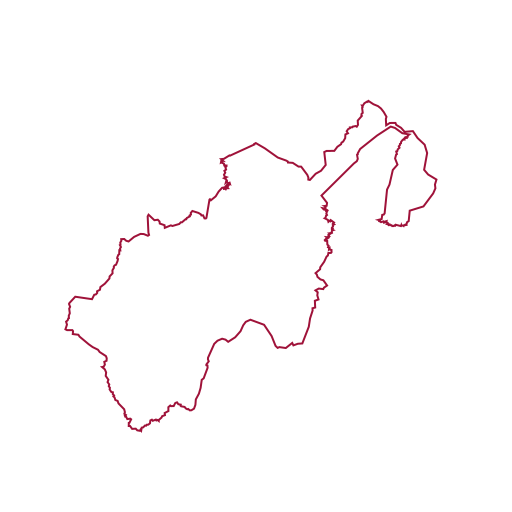 Na Wang, Nong Bua Lam Phu, Thailand, rotated 240°
{"feature_id": "78962969B46616505195468", "entity_name": "Na Wang", "entity_type": "district", "adm_level": 2, "iso_a3": "THA", "parent_name": "Thailand", "parent_adm1": "Nong Bua Lam Phu", "projection": "albers", "projection_center": [102.064, 17.314], "detail": "fine", "context": "isolated", "style": "outline", "palette": "rose", "viewbox_px": 512, "rotation_deg": 240, "n_neighbors": 0, "source": "geoboundaries", "source_scale": "gbopen_adm2", "svg_char_len": 6076}
<svg xmlns="http://www.w3.org/2000/svg" viewBox="0 0 512 512"><g transform="rotate(240 256 256)"><path d="M232.0,450.5L240.5,445.8L246.6,444.7L259.6,455.7L268.1,457.7L277.4,454.9L285.7,454.3L289.2,446.8L294.5,445.7L299.5,443.0L301.5,443.3L304.3,438.4L304.1,434.1L309.8,437.0L311.3,438.6L316.8,438.6L321.2,438.0L324.8,436.6L328.7,433.6L334.1,430.9L333.6,429.8L334.2,429.5L334.1,426.2L332.8,423.7L333.3,423.0L331.7,422.9L331.3,422.0L326.6,420.0L326.4,418.6L325.2,417.6L324.4,417.7L322.4,411.8L318.6,409.9L317.6,407.9L318.7,407.3L319.7,404.4L319.3,403.8L320.4,401.6L319.7,401.3L319.8,399.2L318.7,396.9L316.3,397.0L316.6,394.2L313.5,392.2L311.5,388.7L311.4,386.7L310.3,385.6L309.9,381.1L307.9,376.4L311.7,369.6L311.9,367.1L300.0,361.9L297.3,354.9L297.4,348.8L294.9,340.7L296.0,339.5L297.8,340.6L300.6,341.0L310.8,339.8L312.2,337.5L318.3,334.4L321.0,330.4L321.9,330.8L323.5,329.9L330.4,324.1L344.8,317.5L353.9,312.3L353.9,310.4L353.4,310.3L355.9,283.6L356.4,283.3L356.2,276.8L357.3,274.3L355.0,275.0L356.0,273.7L354.5,272.4L354.5,273.8L353.6,273.2L352.1,274.4L350.6,273.9L349.4,275.3L349.2,274.2L348.3,274.8L348.0,273.8L345.8,273.3L345.6,271.2L343.5,271.0L342.4,268.9L340.5,268.6L339.1,269.8L339.3,267.3L337.6,268.4L336.4,268.3L334.7,266.6L335.0,268.1L334.0,267.6L332.9,268.5L332.7,269.8L331.5,269.5L332.5,268.9L332.1,267.9L331.1,268.0L330.6,266.9L332.1,266.2L331.3,264.0L330.4,264.5L330.7,265.5L328.7,265.7L329.5,264.2L328.9,263.2L329.6,263.0L330.1,261.8L331.4,262.4L332.0,260.7L330.5,255.9L327.8,250.9L326.8,244.8L328.2,244.5L328.1,243.9L313.8,232.1L313.6,231.3L314.3,230.2L317.7,230.5L318.4,229.0L319.6,229.1L322.1,227.7L326.8,223.4L325.9,221.0L324.4,220.4L324.3,218.7L323.4,218.5L323.5,215.1L322.7,214.0L323.1,213.5L322.2,208.7L322.8,207.7L322.1,205.6L323.8,198.6L325.1,197.6L326.0,191.1L328.4,192.2L332.2,188.9L334.1,189.7L336.5,189.1L337.8,185.9L345.5,183.6L344.5,182.0L330.0,174.5L327.7,173.9L327.6,172.5L331.1,169.8L332.9,167.0L333.5,160.0L332.3,152.9L334.1,151.2L336.6,150.4L338.0,147.7L336.5,147.0L335.5,145.2L333.5,144.3L333.5,143.6L331.3,143.5L330.5,142.0L328.7,141.3L329.3,140.5L325.9,138.4L325.9,137.4L324.2,135.2L323.4,134.6L322.4,135.0L320.8,133.5L318.4,130.4L318.6,128.9L318.0,127.6L316.8,127.0L315.4,124.5L312.7,123.1L311.5,119.0L309.8,117.8L307.6,111.2L306.9,105.7L304.8,104.0L304.9,100.7L303.4,100.0L302.8,98.2L303.3,96.5L300.6,92.4L311.1,79.1L308.6,71.0L308.0,70.1L304.9,69.6L303.8,67.9L299.5,66.1L297.9,64.0L295.7,62.9L295.8,62.2L294.5,60.8L294.1,58.7L291.1,58.0L287.8,54.3L286.3,55.3L283.6,59.9L282.4,60.0L280.0,58.3L276.6,62.8L274.4,62.9L263.2,67.0L258.8,69.0L253.8,72.3L251.0,72.6L244.3,76.0L242.1,75.6L240.0,74.2L240.2,71.7L237.5,70.8L236.3,68.7L236.8,67.2L233.4,68.4L230.1,68.0L227.3,65.9L222.6,66.3L221.0,64.4L218.1,64.7L216.9,63.4L214.9,63.6L213.6,62.5L210.6,62.7L209.5,63.9L208.0,62.9L206.2,63.4L205.7,62.3L204.3,62.8L201.6,62.2L199.7,63.7L197.1,63.2L189.2,65.2L186.3,64.4L185.2,63.1L183.5,63.8L183.3,62.6L182.3,62.5L182.2,63.2L179.1,63.0L178.0,65.8L177.0,66.2L174.9,63.1L175.1,62.4L172.4,60.8L171.8,61.9L168.2,62.3L166.6,65.5L164.4,66.0L162.7,68.0L163.3,69.0L162.1,69.2L164.5,71.2L164.0,72.6L164.7,75.1L164.0,76.0L164.5,77.0L163.8,78.4L164.1,80.5L166.4,82.3L166.3,84.0L164.9,84.2L164.4,87.5L163.4,87.5L163.2,88.8L161.8,89.3L162.6,89.8L163.3,93.4L164.2,94.6L163.7,97.6L165.7,98.4L165.5,102.6L168.9,104.5L169.4,107.0L168.5,107.3L167.2,109.7L169.0,112.5L168.9,113.9L168.7,114.5L166.5,114.6L164.9,116.5L164.1,115.8L163.3,116.0L161.0,118.7L159.1,119.0L157.6,119.9L157.4,120.8L155.4,121.5L154.7,122.9L154.8,126.0L157.4,129.1L161.9,132.2L165.3,137.7L169.5,142.1L175.9,147.1L176.2,149.5L183.4,158.2L185.4,159.2L186.2,158.4L186.9,158.8L188.4,162.4L190.5,162.7L191.9,163.6L200.8,175.9L201.9,180.3L201.3,185.3L198.8,187.8L195.6,189.0L196.0,197.3L198.6,205.0L202.4,210.3L204.1,214.2L203.6,219.3L192.4,228.6L178.9,229.5L168.4,228.0L165.6,228.8L165.4,230.7L161.4,235.8L162.6,243.9L159.9,243.7L159.1,248.3L157.1,252.4L168.3,266.3L174.9,271.6L180.4,277.7L182.5,278.8L181.8,281.5L187.8,284.6L187.1,288.4L191.3,289.4L193.7,291.3L196.5,290.3L196.4,294.1L193.7,297.7L194.6,299.0L194.9,302.8L201.3,302.2L203.5,300.1L207.2,298.8L209.5,299.4L211.4,299.0L212.5,304.9L214.1,306.0L216.9,312.1L220.2,316.8L220.5,318.5L222.4,320.2L221.2,322.4L221.5,323.3L223.5,324.4L224.7,323.1L225.8,323.6L225.5,322.7L226.8,323.6L227.6,322.8L228.6,324.0L230.2,323.5L233.5,325.2L234.6,323.5L235.4,323.5L236.3,326.6L237.1,326.4L236.3,327.5L235.5,326.9L235.6,328.2L236.6,328.4L236.4,329.3L238.0,329.2L238.1,331.3L239.0,330.9L238.1,333.4L239.3,333.8L240.0,334.7L239.8,335.7L240.9,334.9L242.0,335.5L241.7,336.2L242.6,336.2L243.1,337.5L244.5,338.0L244.3,339.5L245.7,339.0L246.0,340.3L249.0,339.0L248.8,338.2L249.8,338.3L249.4,335.8L251.3,336.3L254.3,334.4L254.3,335.3L255.8,336.7L256.0,338.0L257.4,338.0L259.3,339.9L259.8,341.5L260.2,339.3L261.0,339.7L261.5,339.0L261.8,339.9L262.6,339.9L263.1,337.8L264.1,337.6L263.1,338.8L263.4,340.6L263.9,341.1L265.0,340.4L264.2,342.3L266.5,344.1L275.6,342.9L287.2,387.0L287.7,390.7L289.2,392.7L293.1,394.1L293.2,395.0L294.0,395.4L296.6,399.7L299.8,421.1L300.7,437.4L297.4,440.4L289.2,444.1L284.6,449.5L284.4,447.6L283.4,447.0L283.7,446.0L283.1,445.7L283.9,445.0L283.2,444.7L283.3,444.0L283.8,443.6L283.4,442.3L282.8,442.4L283.3,441.2L282.3,438.7L281.1,437.9L281.1,436.7L280.0,436.0L279.6,434.5L278.0,434.4L277.5,432.1L276.2,430.8L276.4,429.7L273.8,429.0L273.7,428.0L270.9,425.2L264.4,424.2L262.1,417.5L251.1,407.3L248.0,402.7L228.6,388.7L228.0,387.3L228.5,385.9L225.2,383.3L226.1,380.0L225.2,380.8L224.8,380.4L224.6,381.0L224.2,380.5L222.8,381.2L222.3,383.6L220.9,383.4L220.5,384.6L221.3,385.1L221.0,386.3L220.3,385.4L220.4,386.0L218.7,386.6L218.2,385.4L217.5,386.3L216.6,385.7L217.0,386.4L216.5,386.4L216.5,387.6L215.6,387.6L214.9,388.8L213.8,388.9L213.0,390.4L213.3,391.2L212.6,391.8L213.2,392.6L209.5,396.4L210.1,397.2L209.4,397.0L209.0,398.6L208.2,398.9L208.6,399.4L207.8,401.5L208.5,401.4L208.4,402.5L209.7,403.6L209.9,405.7L218.4,411.8L215.2,425.8L221.6,440.7L224.9,445.2L228.4,446.7L232.0,450.5Z" fill="none" stroke="#9f1239" stroke-width="2"/></g></svg>